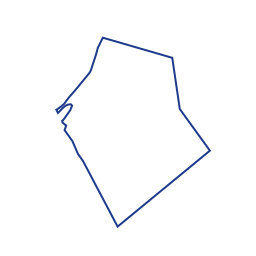 Rois, Palau (Robinson projection), rotated 40°
{"feature_id": "81905179B53206837764533", "entity_name": "Rois", "entity_type": "district", "adm_level": 2, "iso_a3": "PLW", "parent_name": "Palau", "parent_adm1": "", "projection": "robinson", "projection_center": [134.13, 6.908], "detail": "fine", "context": "isolated", "style": "outline", "palette": "blue", "viewbox_px": 256, "rotation_deg": 40, "n_neighbors": 0, "source": "geoboundaries", "source_scale": "gbopen_adm2", "svg_char_len": 570}
<svg xmlns="http://www.w3.org/2000/svg" viewBox="0 0 256 256"><g transform="rotate(40 128 128)"><path d="M155.5,80.2L116.8,45.8L50.7,75.0L51.0,76.5L52.6,82.7L53.3,85.8L56.2,92.1L61.0,104.0L62.4,107.5L63.0,109.8L63.1,113.6L63.3,133.8L63.1,141.3L63.2,145.2L63.6,150.3L62.9,154.6L61.9,158.7L61.4,160.1L64.7,161.5L65.2,154.7L65.7,151.5L66.7,149.0L68.9,146.6L70.8,146.8L72.3,151.5L73.1,160.9L73.2,163.9L73.0,164.9L74.4,165.9L79.1,165.9L80.8,170.4L93.7,173.7L106.3,180.0L114.7,182.2L183.4,210.2L205.3,92.7L155.5,80.2Z" fill="none" stroke="#1e3a8a" stroke-width="2"/></g></svg>